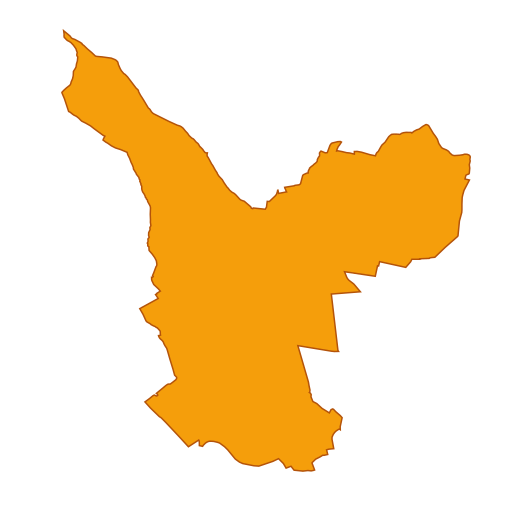 Orastie, Hunedoara, Romania, rotated 184°
{"feature_id": "2599482B74891814729027", "entity_name": "Orastie", "entity_type": "district", "adm_level": 2, "iso_a3": "ROU", "parent_name": "Romania", "parent_adm1": "Hunedoara", "projection": "equal_earth", "projection_center": [23.219, 45.843], "detail": "fine", "context": "isolated", "style": "filled", "palette": "amber", "viewbox_px": 512, "rotation_deg": 184, "n_neighbors": 0, "source": "geoboundaries", "source_scale": "gbopen_adm2", "svg_char_len": 6058}
<svg xmlns="http://www.w3.org/2000/svg" viewBox="0 0 512 512"><g transform="rotate(184 256 256)"><path d="M95.0,399.0L95.8,398.9L98.9,396.8L102.1,394.0L104.6,393.0L107.3,391.3L109.1,389.6L109.8,390.1L115.0,389.8L117.5,389.3L119.6,388.4L120.4,387.6L121.2,387.3L122.9,387.4L126.9,387.2L129.2,386.8L130.4,385.8L131.8,384.4L132.3,383.6L135.2,378.5L138.1,375.5L139.2,373.4L141.3,368.9L142.6,367.6L143.1,366.8L143.5,365.6L143.8,364.3L149.3,365.0L157.9,366.9L162.3,367.4L165.2,367.1L165.0,364.5L169.7,365.3L172.9,365.4L177.6,366.2L182.1,366.7L182.9,366.4L182.8,367.5L181.6,370.9L180.4,372.6L178.7,375.6L179.7,376.1L182.3,375.8L188.0,374.0L188.8,373.4L189.9,371.6L192.1,364.1L194.0,363.7L198.5,365.2L199.2,364.4L199.9,363.1L199.6,361.3L199.7,359.9L200.5,359.0L201.5,356.6L201.6,354.6L202.9,353.0L204.7,351.4L205.6,350.3L207.0,349.2L208.7,347.4L208.8,346.6L209.5,345.2L209.8,344.0L209.7,342.5L210.4,342.4L211.3,342.1L214.4,340.4L214.9,339.8L215.1,339.3L216.6,331.3L217.4,330.4L218.1,330.0L222.1,329.2L222.8,328.7L232.2,326.5L231.8,325.4L231.3,324.7L230.3,322.5L230.0,322.1L237.8,320.0L238.7,323.2L239.0,323.1L239.1,321.9L239.9,318.9L241.0,317.3L246.5,311.3L248.6,311.3L249.0,305.1L249.5,304.5L250.0,303.3L262.1,303.7L262.5,303.0L263.9,303.3L264.7,304.7L265.2,305.1L271.5,309.8L274.5,310.6L276.0,311.4L280.5,315.7L282.1,316.9L284.5,318.0L286.9,319.8L288.6,321.8L289.7,322.7L293.1,327.0L295.0,329.8L298.5,333.0L300.1,335.1L300.7,336.4L302.5,338.7L305.4,343.2L306.6,344.6L310.5,350.8L311.7,352.3L311.9,353.8L311.7,355.5L313.2,355.4L314.1,355.7L315.8,357.5L316.4,358.5L319.2,361.0L319.5,361.0L321.1,363.4L321.8,364.2L323.7,365.5L325.9,367.8L326.8,368.5L328.4,369.2L331.2,371.5L332.8,373.6L335.1,375.7L337.6,378.4L339.5,379.7L341.0,380.4L343.7,381.0L352.0,384.1L367.9,390.7L369.1,391.4L370.4,392.6L371.8,394.6L372.6,395.4L373.7,396.1L379.2,404.0L382.5,408.4L383.7,410.3L384.6,411.8L384.8,412.7L385.4,413.6L387.4,415.2L396.7,425.8L399.2,428.0L400.7,428.8L403.3,431.5L404.6,433.5L406.6,437.3L407.4,439.8L408.9,441.3L410.4,442.1L414.2,443.3L423.3,443.9L428.5,444.0L430.1,444.2L434.2,447.6L438.6,450.8L442.4,454.0L444.2,455.1L444.4,455.8L446.1,456.8L451.8,459.4L454.4,460.1L455.4,460.7L456.9,462.5L463.6,467.3L462.9,463.9L462.9,462.6L462.7,461.1L462.4,460.5L461.4,459.8L460.5,458.8L459.2,457.8L457.3,457.0L455.4,455.9L452.8,453.5L450.5,450.7L450.0,450.0L449.5,448.6L448.6,446.7L448.5,446.4L448.7,445.5L448.8,444.1L448.6,443.2L447.8,442.4L447.7,441.7L447.8,438.1L448.5,435.0L448.7,432.1L449.3,430.6L451.0,427.4L450.9,423.0L451.4,419.9L452.5,416.8L452.9,414.7L453.6,413.4L456.7,410.6L459.3,407.9L461.0,405.8L461.0,405.3L458.1,399.6L453.0,387.1L451.5,386.5L448.9,384.7L447.6,383.9L444.9,382.8L442.4,381.1L440.1,379.0L439.1,378.3L435.2,376.7L430.2,374.3L426.4,371.7L416.9,365.7L415.1,365.0L416.3,362.4L416.7,361.0L413.6,359.0L412.0,358.3L407.9,355.8L403.7,354.0L398.4,352.7L391.8,350.4L391.0,348.1L388.9,344.6L387.1,340.6L385.9,338.6L384.6,335.9L384.3,334.2L381.4,330.2L381.0,329.2L378.3,326.2L377.9,324.7L377.1,323.8L377.1,322.3L376.7,321.9L376.4,320.9L375.9,320.4L375.8,319.1L375.0,317.9L374.8,317.2L374.7,315.2L374.3,313.7L373.5,312.0L372.0,310.1L370.9,308.3L370.4,306.8L369.8,306.4L369.3,305.2L368.4,304.5L367.8,302.7L365.1,298.5L364.6,296.7L364.4,290.3L363.8,284.8L363.7,282.2L363.0,279.1L363.3,278.1L363.8,277.2L363.8,276.7L363.5,275.0L364.7,271.8L364.6,269.0L364.0,267.6L363.9,267.0L364.8,265.9L365.0,265.3L364.7,263.3L364.8,262.6L365.3,261.5L365.3,261.1L364.8,260.8L364.7,258.8L364.6,258.4L363.5,257.7L363.1,254.3L362.7,253.7L359.6,250.6L356.9,247.3L355.1,244.3L354.4,241.3L354.3,240.2L354.5,239.1L355.0,238.4L356.8,232.2L357.8,229.3L357.1,228.3L358.0,227.4L358.7,227.5L358.5,225.3L358.1,224.1L356.0,220.4L351.2,216.5L349.0,214.3L352.5,211.7L352.3,211.2L353.5,210.5L350.6,206.8L368.3,195.4L364.6,189.9L361.2,183.6L360.3,182.7L356.4,180.8L356.0,180.3L353.5,179.2L351.5,178.5L350.4,177.7L349.5,177.5L346.6,174.7L346.2,173.8L346.0,171.4L345.7,170.4L346.6,170.0L347.7,169.8L347.4,168.9L346.5,167.5L345.5,166.5L344.0,165.4L342.7,164.1L341.4,161.5L340.2,159.7L338.7,157.8L337.9,155.9L334.7,147.1L330.9,137.3L328.9,131.5L326.8,129.6L326.6,128.9L326.8,128.0L327.2,127.1L330.7,123.9L332.6,122.3L334.5,122.1L335.3,121.8L336.9,120.5L345.8,112.0L344.7,111.2L344.3,110.6L344.3,110.2L345.1,109.5L345.6,109.4L347.7,110.2L348.2,110.0L349.2,109.3L352.7,106.0L356.6,102.7L350.7,97.0L341.2,89.0L339.3,88.0L334.4,83.7L319.6,70.0L310.1,61.0L300.3,68.4L299.9,67.7L299.5,65.9L299.3,62.9L296.0,62.4L295.3,63.6L293.5,65.7L292.3,66.7L290.9,67.5L289.4,68.0L287.3,68.1L285.2,68.1L281.6,67.5L279.3,66.9L274.1,63.6L270.7,60.7L262.5,52.0L258.2,49.3L254.7,48.0L243.5,46.6L238.5,46.6L224.9,52.3L219.4,55.4L214.2,50.9L211.2,46.5L206.4,48.7L203.1,45.0L194.2,44.7L189.3,45.6L185.9,45.5L183.5,46.2L182.6,46.6L185.6,53.2L185.6,53.8L182.3,57.5L178.0,60.1L175.5,61.9L174.3,61.9L170.6,63.0L172.1,67.6L169.8,68.4L165.0,69.2L167.4,78.5L167.5,80.6L166.5,83.4L165.3,85.4L163.8,87.1L161.7,88.7L160.8,89.2L159.8,88.6L160.1,91.6L158.8,100.7L160.7,102.6L165.5,106.2L167.9,108.4L168.8,108.8L170.4,108.0L171.9,104.6L179.5,108.6L185.0,113.0L189.1,114.8L191.3,119.3L191.3,121.6L192.1,122.9L193.2,123.5L192.9,123.8L192.8,126.0L194.1,130.5L194.9,133.9L208.0,169.5L174.0,166.3L171.1,166.2L167.0,166.6L167.7,167.6L178.2,223.3L149.4,227.6L156.4,234.8L161.6,238.3L162.6,239.2L163.9,240.9L166.6,246.5L135.6,244.1L134.1,254.7L133.0,254.6L132.3,259.0L105.8,255.1L101.3,261.1L100.3,263.6L92.3,264.2L91.8,264.4L92.0,264.7L83.0,265.7L82.5,266.2L81.1,266.6L77.5,267.2L67.9,277.8L56.2,289.6L55.9,290.4L55.5,305.1L53.8,313.7L53.8,316.3L54.2,322.3L54.4,328.8L54.0,331.5L53.1,335.9L48.4,346.7L52.9,347.4L52.3,350.9L51.8,351.6L49.4,352.7L49.2,353.0L49.0,353.6L48.9,358.6L49.6,362.0L49.0,365.4L49.1,366.4L49.4,367.2L49.2,369.2L49.2,369.9L49.8,371.0L50.8,371.7L52.6,372.2L55.1,372.1L56.8,371.4L60.0,370.7L65.1,370.0L66.0,370.1L67.3,370.4L69.8,372.3L71.1,373.8L71.9,374.3L73.4,375.1L77.6,376.5L78.8,377.5L81.5,381.0L83.2,385.1L85.2,387.8L87.7,390.7L92.8,398.0L93.5,398.5L95.0,399.0Z" fill="#f59e0b" stroke="#b45309" stroke-width="1.5"/></g></svg>